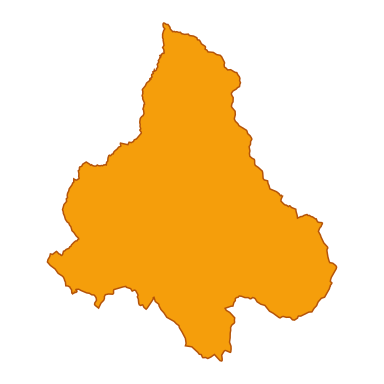 Phong Tho, Lai Chau, Vietnam (Equal Earth projection)
{"feature_id": "81297802B47938422647464", "entity_name": "Phong Tho", "entity_type": "district", "adm_level": 2, "iso_a3": "VNM", "parent_name": "Vietnam", "parent_adm1": "Lai Chau", "projection": "equal_earth", "projection_center": [103.331, 22.615], "detail": "fine", "context": "isolated", "style": "filled", "palette": "amber", "viewbox_px": 384, "rotation_deg": 0, "n_neighbors": 0, "source": "geoboundaries", "source_scale": "gbopen_adm2", "svg_char_len": 5902}
<svg xmlns="http://www.w3.org/2000/svg" viewBox="0 0 384 384"><path d="M295.8,209.2L291.5,207.5L290.0,205.9L289.4,205.8L288.3,206.6L286.6,205.2L285.2,205.0L284.0,204.2L281.0,201.2L281.0,199.8L281.4,198.5L282.5,196.2L282.0,196.1L281.5,195.3L280.4,195.7L279.0,193.6L278.4,193.5L278.0,192.7L276.1,191.5L269.9,188.9L269.0,185.6L268.0,183.4L267.6,180.8L264.5,180.0L263.9,179.6L263.1,178.4L262.7,172.8L262.3,171.1L258.4,167.5L255.3,165.4L254.7,164.0L254.6,160.5L254.3,159.4L251.9,158.1L249.8,156.3L249.4,153.4L249.9,150.9L249.1,146.7L250.5,144.4L250.6,141.4L251.8,139.4L251.7,138.5L250.2,135.9L247.7,133.6L246.9,130.9L246.4,130.2L239.0,125.7L237.8,123.6L235.4,121.3L234.4,119.2L234.4,118.3L235.3,114.8L235.1,111.2L231.9,107.4L231.4,106.3L232.0,103.4L233.0,101.9L233.2,97.6L231.9,95.5L231.4,94.1L231.5,93.0L233.1,90.9L236.1,89.2L237.6,87.6L239.5,86.6L239.9,84.1L240.5,82.8L239.6,80.7L239.9,78.3L239.3,76.7L237.8,74.7L236.8,72.6L235.0,72.3L230.7,69.7L227.6,69.9L227.3,69.6L226.3,68.3L224.6,67.2L224.3,66.4L224.1,64.6L224.5,63.3L224.5,62.5L221.6,56.7L220.2,55.3L216.7,54.6L213.3,52.4L208.0,51.9L207.0,50.2L205.1,49.1L205.5,47.1L205.2,46.4L201.4,43.8L200.2,41.3L199.3,40.1L197.5,39.8L196.8,37.7L193.6,36.1L189.4,35.5L188.3,34.1L184.6,34.4L181.5,33.6L180.5,32.3L178.7,32.4L176.8,31.7L175.4,32.0L174.2,31.4L172.8,31.7L170.6,29.4L170.1,28.5L170.0,27.3L168.0,24.5L166.3,24.4L164.6,23.2L163.7,23.0L163.2,23.5L163.0,24.7L163.2,26.3L163.4,27.1L164.8,28.9L163.7,30.5L162.6,34.2L162.6,37.8L163.3,39.2L163.1,40.1L164.0,45.3L162.6,47.6L163.4,48.7L164.0,50.4L163.9,51.3L164.2,52.8L163.8,53.4L162.9,53.2L161.7,54.1L160.9,56.0L160.2,55.3L159.8,55.5L160.5,57.3L159.8,57.7L159.7,58.5L158.3,60.6L158.8,62.0L157.2,64.4L157.7,66.0L157.7,67.3L156.6,68.6L156.4,70.0L154.8,71.1L154.3,70.0L153.9,71.4L152.8,71.9L153.3,73.5L151.7,74.5L151.6,75.9L152.1,76.9L151.0,77.8L150.8,79.1L149.9,78.8L149.8,80.4L146.6,83.0L145.3,85.9L142.4,89.4L142.4,90.3L142.9,91.3L142.7,92.1L142.9,93.2L142.1,95.8L142.7,97.0L142.7,98.9L144.5,103.0L144.3,103.8L144.5,104.4L143.8,104.9L143.8,106.3L142.9,109.1L143.5,109.9L144.0,113.5L143.1,115.6L141.7,116.6L140.3,118.4L139.8,121.6L139.8,123.0L140.2,124.2L140.0,126.5L140.7,128.6L140.6,129.2L139.9,129.8L139.9,130.3L141.3,132.2L141.2,133.3L136.5,138.9L134.3,139.8L133.4,141.5L131.4,142.6L129.1,142.2L127.9,144.7L120.5,143.1L120.3,143.9L120.8,145.4L120.7,146.3L118.6,147.1L117.3,148.9L114.5,151.2L113.6,152.4L113.3,153.8L112.1,154.1L110.6,155.7L109.4,155.2L108.8,155.6L108.0,158.0L107.7,161.2L106.6,162.3L106.3,164.9L105.3,164.6L104.6,165.0L103.8,164.9L102.7,165.7L101.2,165.5L100.1,165.9L98.3,165.6L97.3,165.0L95.9,166.1L94.3,166.1L92.4,165.5L91.6,164.7L90.6,165.2L89.7,164.2L86.2,162.0L82.7,164.2L81.7,166.3L79.7,167.0L79.4,167.7L79.4,169.8L78.3,170.7L78.9,173.7L78.7,176.8L79.1,177.9L79.1,178.5L76.6,180.1L75.7,180.0L73.8,178.9L73.7,182.3L72.7,183.0L72.0,184.9L69.2,188.8L68.7,191.0L67.6,193.2L67.2,195.3L67.5,197.7L66.3,198.8L66.6,201.4L64.0,204.5L62.5,209.7L63.2,211.6L63.4,213.6L64.4,215.8L65.4,219.3L67.1,221.9L68.9,223.2L69.4,224.8L70.9,226.8L72.0,230.7L73.8,232.4L76.3,236.1L78.5,238.1L78.7,239.0L78.1,239.2L77.0,240.8L75.6,241.0L74.0,242.3L71.5,244.9L70.8,246.4L69.9,246.7L69.0,248.3L66.2,249.4L64.5,251.0L63.5,251.2L62.7,254.2L61.7,255.5L61.0,255.3L60.2,254.3L58.9,253.9L57.1,251.9L56.4,251.4L52.5,254.4L50.4,253.9L49.7,256.7L48.0,259.5L47.4,262.0L50.3,265.4L55.1,269.0L58.2,273.4L62.4,276.1L63.5,277.3L64.4,279.4L64.7,280.7L65.4,281.9L65.8,285.8L68.0,286.0L69.9,287.1L70.5,288.5L71.5,289.6L71.8,293.0L72.4,293.1L72.6,293.8L74.4,292.8L74.5,292.2L75.8,292.5L76.8,291.8L77.0,291.1L76.2,290.5L75.9,289.6L76.1,289.4L78.7,289.2L80.8,290.4L86.7,292.9L89.4,293.3L91.8,294.8L93.8,294.9L94.9,295.9L96.1,297.7L96.5,300.3L94.7,303.1L94.6,304.6L95.3,305.5L98.6,308.1L101.0,303.1L103.7,300.3L104.4,298.5L104.4,296.5L105.4,294.7L108.6,294.0L112.6,294.2L113.2,293.8L113.6,293.1L113.5,290.5L113.9,289.6L123.0,286.9L125.8,286.4L126.4,287.3L130.6,288.6L132.2,291.1L134.4,290.1L135.6,290.5L137.8,294.4L138.0,295.6L137.3,296.9L138.3,298.9L138.7,303.1L139.3,304.8L140.7,305.5L142.3,304.8L142.8,305.0L144.0,307.4L146.1,309.2L147.2,308.1L152.5,300.2L153.2,299.0L153.3,297.6L154.0,297.3L155.3,301.5L158.8,304.2L159.1,306.0L161.0,309.6L163.9,312.8L166.8,317.3L174.1,321.4L176.4,323.8L178.9,325.6L179.4,327.7L182.0,331.9L185.4,338.4L186.1,343.4L185.4,345.8L191.8,346.8L197.9,352.4L199.2,354.2L201.3,354.6L202.3,357.0L202.9,357.7L205.7,357.5L207.8,358.5L210.9,357.0L214.4,354.5L220.0,360.6L221.6,361.0L222.1,360.6L222.2,359.1L221.7,355.1L224.1,351.2L224.7,350.6L225.7,350.5L230.0,352.3L230.5,352.3L230.8,351.7L231.1,349.1L231.0,346.2L229.5,342.2L230.1,337.9L230.2,333.1L230.7,330.3L230.6,327.5L231.7,325.2L234.3,323.0L234.6,322.1L234.4,320.1L234.7,317.8L229.7,312.4L226.3,310.4L225.1,308.3L231.1,306.2L232.9,306.1L233.9,302.4L235.3,300.7L235.3,298.7L236.4,297.6L238.1,297.3L239.1,296.1L239.5,296.0L241.6,296.3L245.0,297.6L248.3,297.6L250.1,298.8L251.2,298.6L252.7,297.5L254.2,298.0L255.1,298.6L257.1,301.8L260.8,304.2L264.9,305.4L269.5,311.2L273.0,313.1L279.0,317.5L280.1,317.9L282.2,316.6L283.5,316.5L286.3,317.3L289.5,317.2L290.5,317.6L292.4,319.8L294.5,320.1L297.5,318.1L298.1,316.4L298.5,316.0L300.8,316.1L308.8,312.1L311.9,311.9L314.1,308.3L316.6,305.7L317.9,302.4L318.6,301.4L321.3,298.3L324.6,297.2L329.4,288.7L329.7,287.3L330.3,286.2L330.3,285.4L331.7,283.6L331.9,282.9L330.3,281.4L330.7,279.2L331.4,277.2L336.2,268.8L336.6,267.1L335.8,265.6L332.8,263.2L329.8,262.6L329.1,261.2L327.9,256.9L326.9,250.6L327.1,249.2L327.8,248.0L327.5,247.0L323.8,242.9L321.0,237.0L320.4,235.1L318.4,231.4L319.3,229.0L320.2,227.3L321.0,226.7L321.9,224.4L322.3,224.0L322.4,223.1L321.7,222.6L318.2,222.3L316.9,220.7L316.3,218.9L315.4,218.9L312.6,216.9L311.2,216.6L309.4,215.4L308.0,215.5L307.0,214.5L304.2,215.3L302.1,216.6L301.0,216.5L297.5,218.1L297.2,215.5L296.0,211.2L295.8,209.2Z" fill="#f59e0b" stroke="#b45309" stroke-width="1.5"/></svg>